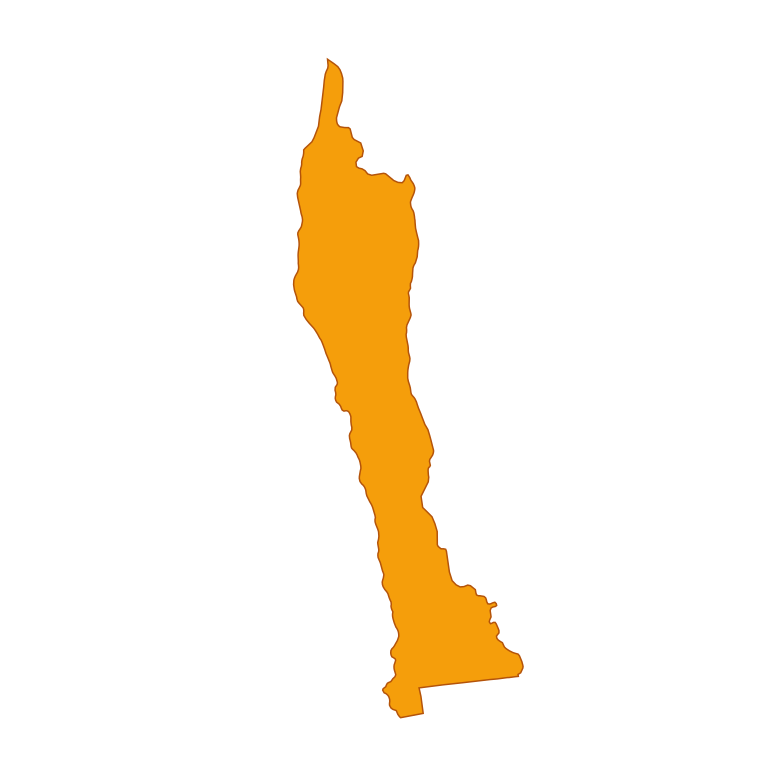 outline of Cuyotenango, Suchitepéquez, Guatemala, rotated 345°
{"feature_id": "79465075B79840770909304", "entity_name": "Cuyotenango", "entity_type": "district", "adm_level": 2, "iso_a3": "GTM", "parent_name": "Guatemala", "parent_adm1": "Suchitepéquez", "projection": "robinson", "projection_center": [-91.565, 14.495], "detail": "fine", "context": "isolated", "style": "filled", "palette": "amber", "viewbox_px": 768, "rotation_deg": 345, "n_neighbors": 0, "source": "geoboundaries", "source_scale": "gbopen_adm2", "svg_char_len": 6156}
<svg xmlns="http://www.w3.org/2000/svg" viewBox="0 0 768 768"><g transform="rotate(345 384 384)"><path d="M462.3,191.2L461.3,188.2L459.5,188.2L456.1,192.8L453.7,194.3L449.7,192.9L446.1,190.0L440.0,181.4L438.2,180.4L426.1,179.2L422.6,176.9L420.9,173.0L418.5,170.5L415.6,169.0L413.7,166.9L414.3,162.5L417.8,159.2L421.8,158.5L424.3,153.5L423.9,145.2L418.4,140.1L417.2,137.6L417.3,128.9L416.1,127.2L412.3,126.1L408.1,124.2L407.1,122.9L406.3,121.0L406.2,118.9L406.4,117.2L407.0,114.6L412.8,104.6L416.5,99.6L419.5,91.9L422.6,81.2L423.3,77.8L423.3,73.2L422.8,69.1L421.5,65.5L418.7,61.8L413.5,55.7L412.4,62.0L411.4,64.4L409.2,67.0L407.5,69.5L404.9,75.3L402.5,81.8L394.2,102.6L391.1,108.9L387.4,118.1L380.2,128.0L377.1,131.4L368.7,135.9L367.0,137.1L366.7,138.4L366.0,140.6L364.9,143.0L363.2,145.5L362.5,146.9L361.8,148.7L361.4,150.4L360.5,152.4L359.4,154.1L358.6,155.9L358.1,157.2L357.6,160.0L357.1,162.5L356.3,165.0L355.8,167.1L355.3,169.0L354.7,170.4L352.8,172.7L351.2,174.4L350.1,176.3L349.5,177.6L349.1,180.1L348.9,181.5L348.3,195.2L348.1,197.3L348.1,199.1L348.2,201.3L348.0,202.9L347.8,204.4L347.2,206.1L345.3,209.9L344.5,211.1L343.0,212.5L341.3,214.0L339.9,215.7L339.4,217.4L339.1,221.9L338.9,223.7L338.4,226.3L337.8,228.4L337.1,230.2L335.5,234.0L334.9,235.6L334.4,237.2L334.0,238.8L333.0,243.3L332.4,245.3L332.1,247.5L331.7,249.4L331.0,251.2L329.5,253.5L328.0,255.0L326.2,256.9L324.9,258.6L323.8,260.4L322.4,264.6L322.2,266.3L321.8,269.8L321.8,271.5L322.0,275.4L322.1,277.2L321.9,279.3L322.0,281.8L322.6,283.4L325.6,289.4L325.7,291.2L325.3,293.1L324.7,294.8L324.3,297.0L325.6,301.6L327.5,305.9L329.9,310.5L330.6,311.9L331.6,314.7L332.8,318.7L333.8,323.1L334.5,324.9L334.9,327.0L335.3,330.6L335.7,334.9L335.9,339.5L336.6,344.5L336.9,347.2L337.2,349.2L337.3,351.2L337.2,353.3L337.3,357.6L337.4,359.2L337.7,360.6L338.8,364.0L339.3,366.2L339.4,370.3L338.8,372.1L337.4,373.4L336.1,374.5L335.1,377.4L335.1,379.7L334.7,381.9L333.7,383.8L333.2,385.2L333.1,387.1L333.5,389.2L335.5,391.9L336.3,394.2L336.5,396.4L336.9,398.4L338.3,399.8L340.6,400.0L342.0,400.8L342.9,402.1L343.3,403.9L343.5,405.6L343.5,407.2L342.3,411.7L342.0,413.6L341.8,415.0L341.7,417.6L341.0,420.0L338.1,423.2L337.2,424.9L336.7,427.8L336.7,429.3L336.6,431.9L336.1,435.7L336.1,437.4L336.7,438.8L337.8,440.5L339.1,443.3L339.7,445.7L339.9,447.6L340.6,451.0L340.6,453.9L340.3,457.5L339.8,459.7L338.7,461.7L336.3,466.9L335.7,468.8L335.6,470.6L335.6,472.0L336.6,474.7L337.7,476.4L338.4,478.1L338.8,480.2L338.9,481.8L338.5,485.3L338.5,487.7L339.8,494.1L340.3,495.8L340.8,497.9L341.1,500.3L341.3,508.5L341.1,510.9L340.3,512.4L339.8,514.3L339.7,515.7L339.8,517.7L340.4,522.6L340.5,525.3L340.0,527.9L339.7,529.6L338.6,532.4L336.9,535.5L336.6,537.3L336.2,541.5L336.0,543.0L335.4,544.6L334.3,546.2L333.7,548.1L333.4,550.1L334.2,555.7L334.2,564.1L334.5,566.4L334.5,568.2L333.1,571.3L331.9,573.2L331.0,574.9L330.6,577.3L330.7,579.5L331.6,582.7L332.9,585.5L333.5,587.5L333.7,591.8L334.0,594.3L334.4,596.4L334.0,598.8L333.3,600.3L333.1,602.2L333.2,604.1L333.6,606.4L332.7,608.4L332.2,610.4L332.0,613.0L332.1,617.4L332.6,621.9L333.1,623.2L333.6,625.5L333.7,627.2L333.5,629.3L333.0,631.5L332.0,633.1L330.5,635.3L329.5,636.3L327.9,637.9L326.4,639.5L325.0,640.7L323.0,641.9L321.7,643.3L320.9,645.5L320.7,647.4L321.0,649.5L322.5,651.0L323.6,652.3L323.8,653.7L322.9,655.3L321.1,658.0L320.5,659.6L320.1,661.5L320.0,663.4L320.1,665.7L320.1,667.9L318.8,669.6L316.1,671.1L315.1,672.0L313.6,673.2L310.9,673.6L309.7,674.0L308.2,675.6L307.3,676.9L305.9,677.4L304.2,678.2L303.5,679.4L304.2,682.3L305.9,683.7L307.0,685.4L307.5,686.6L307.8,688.3L307.8,690.3L307.4,692.1L306.7,693.8L306.2,695.6L306.5,697.3L307.0,699.0L308.5,700.7L311.3,702.6L311.9,706.8L312.9,709.4L313.7,710.6L336.6,712.3L338.8,695.4L339.2,686.6L363.4,689.9L382.7,692.9L409.8,696.9L417.2,698.2L427.2,699.5L428.8,699.9L435.1,700.7L438.1,701.2L438.3,699.2L441.3,698.3L442.8,696.5L444.6,694.3L445.2,692.8L445.3,691.3L445.3,687.8L444.5,681.7L443.6,679.6L440.7,677.9L438.9,676.7L436.2,674.3L434.1,672.0L433.1,670.7L432.2,669.1L431.4,664.5L429.8,662.9L428.1,660.9L427.2,658.9L427.4,656.6L428.8,655.5L430.6,654.2L431.2,652.0L431.1,650.3L430.6,646.8L430.3,644.8L429.6,643.0L427.9,642.6L426.4,643.0L424.8,643.1L424.1,641.0L425.0,639.3L427.1,636.7L427.4,634.7L427.9,630.3L429.4,628.1L431.3,627.6L434.1,627.7L435.5,627.1L435.6,625.3L434.6,623.5L433.2,623.5L431.8,623.6L430.5,623.9L429.1,623.9L427.4,623.2L426.9,621.0L427.0,618.5L426.8,616.8L425.6,615.1L423.9,614.3L421.9,613.4L420.4,613.0L418.8,611.7L418.7,609.6L419.0,606.3L415.3,601.2L412.8,599.9L408.8,600.4L405.0,599.7L401.7,596.7L398.9,591.6L398.5,582.6L401.0,561.7L400.8,559.6L399.1,558.7L396.4,557.9L394.3,555.0L393.9,553.1L397.2,540.3L397.0,532.1L396.0,524.7L394.3,521.7L389.4,513.3L390.7,502.1L401.4,490.0L403.1,485.6L403.3,483.5L403.8,480.9L404.1,479.4L404.6,477.7L405.5,476.3L406.8,475.7L407.7,474.6L407.8,472.3L407.9,470.4L408.7,468.7L410.3,467.3L412.5,465.3L413.4,464.0L414.3,462.3L414.7,460.8L414.7,458.9L414.8,451.1L414.8,445.9L414.6,439.5L413.7,436.1L413.0,433.7L412.1,425.0L411.8,421.9L411.3,418.1L411.1,416.6L410.8,412.6L410.7,409.8L410.1,406.5L409.5,404.8L408.3,402.4L407.8,401.0L407.8,399.1L408.1,396.9L408.4,394.5L408.4,392.1L408.2,387.7L408.4,384.5L409.1,381.9L409.9,379.0L410.6,376.9L411.6,374.6L412.7,372.2L413.6,370.6L414.7,368.7L415.6,366.3L415.8,364.5L415.8,359.8L416.2,357.5L416.7,355.7L417.1,353.3L417.7,344.4L418.2,341.8L419.1,340.1L419.8,337.9L420.3,335.3L421.4,333.0L426.6,326.7L428.0,324.4L428.2,322.6L428.2,317.6L428.4,315.8L428.8,313.9L429.3,312.1L430.7,307.2L430.9,305.1L431.0,302.8L431.5,301.4L432.9,300.0L434.4,298.4L434.9,295.8L435.6,293.6L436.9,292.2L438.3,289.7L439.2,287.8L440.3,284.3L442.0,279.4L443.5,277.2L444.4,276.3L445.7,275.0L448.0,271.3L449.0,269.7L451.1,263.7L451.8,262.6L452.9,260.2L453.7,257.8L454.5,254.4L454.5,251.7L454.6,246.6L454.8,241.7L455.8,236.1L456.3,233.8L456.4,232.2L456.8,229.9L457.1,226.6L457.0,224.5L456.2,221.6L456.0,219.6L456.1,218.1L456.5,215.6L457.0,214.4L459.1,211.5L461.5,208.5L462.5,207.1L463.4,205.5L464.0,204.2L464.5,202.7L464.5,200.7L464.2,198.4L463.7,196.8L462.7,194.1L462.3,191.2Z" fill="#f59e0b" stroke="#b45309" stroke-width="1.5"/></g></svg>